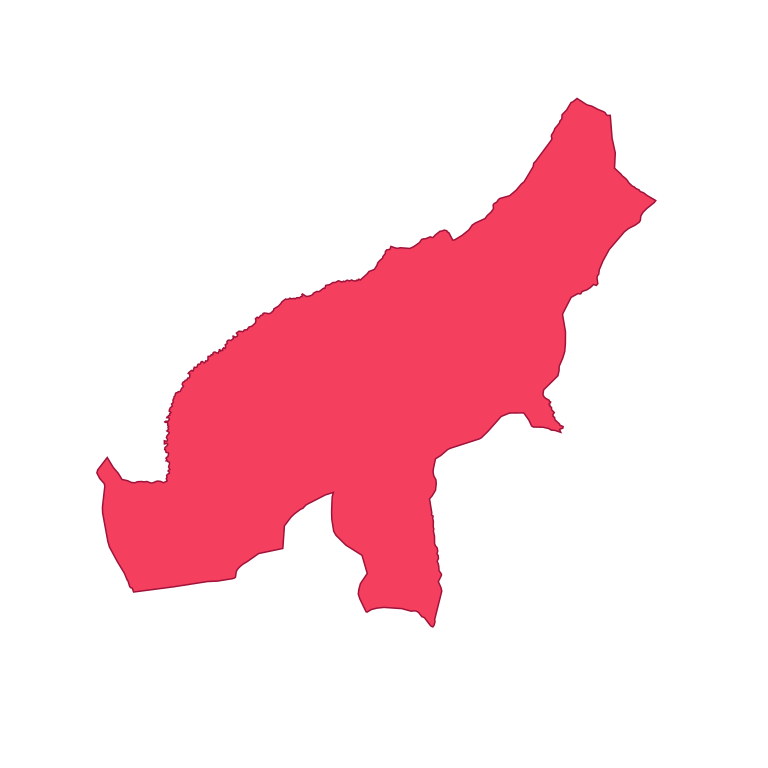 Djolu, Équateur, Democratic Republic of the Congo (Albers equal-area conic projection), rotated 260°
{"feature_id": "63176286B56364191841329", "entity_name": "Djolu", "entity_type": "district", "adm_level": 2, "iso_a3": "COD", "parent_name": "Democratic Republic of the Congo", "parent_adm1": "Équateur", "projection": "albers", "projection_center": [22.514, 0.679], "detail": "fine", "context": "isolated", "style": "filled", "palette": "rose", "viewbox_px": 768, "rotation_deg": 260, "n_neighbors": 0, "source": "geoboundaries", "source_scale": "gbopen_adm2", "svg_char_len": 6155}
<svg xmlns="http://www.w3.org/2000/svg" viewBox="0 0 768 768"><g transform="rotate(260 384 384)"><path d="M305.7,549.7L308.4,549.0L308.9,549.3L309.5,552.5L311.0,553.0L312.9,550.1L314.1,549.9L319.2,546.1L321.5,546.2L322.7,544.9L324.9,545.2L326.3,546.8L328.9,545.0L329.9,544.6L331.9,544.9L333.1,543.6L334.4,543.8L334.7,543.1L335.9,543.2L336.7,544.7L337.3,545.0L338.3,543.9L339.3,543.8L342.0,540.5L343.8,539.3L345.9,538.7L350.5,540.2L361.9,556.7L366.7,558.7L371.0,559.6L378.3,564.4L384.5,567.6L392.4,569.7L403.9,571.8L421.1,571.9L422.4,572.4L436.8,583.3L439.4,590.8L438.6,592.7L438.8,593.6L440.7,595.1L441.5,600.3L443.2,604.1L445.6,607.6L444.2,610.3L445.7,612.0L451.5,612.2L453.4,612.9L454.8,614.5L459.2,615.9L467.3,621.1L477.4,629.2L492.1,647.1L494.7,651.9L497.0,659.4L499.1,663.6L500.7,664.9L504.9,666.1L508.1,668.9L511.1,673.1L515.8,681.7L517.5,683.5L523.9,675.9L527.2,672.9L529.0,669.8L531.0,668.8L532.8,666.0L534.5,664.8L535.9,662.8L540.0,659.8L541.9,659.2L544.7,657.4L548.0,654.5L549.1,654.1L556.5,648.5L571.4,651.9L586.3,651.3L609.3,653.5L609.7,650.7L610.5,649.8L612.9,648.8L614.0,647.6L617.5,642.1L621.5,637.0L623.7,632.3L631.7,623.7L629.1,619.0L628.7,617.1L622.0,611.3L618.3,606.1L614.2,605.2L612.4,602.9L610.6,602.1L605.8,596.5L603.6,595.3L600.2,592.3L599.0,591.8L596.5,592.0L595.0,591.0L576.9,571.9L575.5,569.8L572.1,568.6L558.9,557.2L557.1,554.0L551.9,547.8L547.6,540.4L546.6,530.2L545.5,528.4L543.5,526.6L542.7,524.0L541.8,522.9L541.1,522.5L538.1,522.3L536.9,521.6L534.6,519.1L531.9,514.8L529.4,512.3L526.8,502.2L525.2,498.5L521.0,494.3L516.8,486.7L513.7,478.7L513.7,476.7L521.6,474.2L522.8,472.9L524.2,472.3L525.1,469.9L524.6,467.5L524.7,465.6L521.6,460.0L520.0,458.1L519.8,457.2L520.9,455.1L519.8,450.0L520.1,447.7L519.8,446.1L517.1,443.5L514.2,437.3L513.0,433.0L515.4,423.6L515.2,421.7L515.7,419.4L518.3,414.7L515.6,413.2L515.6,409.9L514.3,408.4L512.2,407.9L509.8,405.1L508.2,404.5L506.3,401.2L504.4,398.9L502.0,397.6L498.5,394.4L497.4,388.7L495.3,386.4L490.5,378.6L491.6,377.5L491.5,376.9L490.5,376.2L491.0,375.0L490.3,374.3L491.0,371.7L492.1,370.1L491.4,368.0L492.5,366.2L492.5,365.0L491.5,363.3L492.3,362.1L491.6,360.6L493.6,357.0L492.5,354.0L492.8,351.3L491.3,347.7L491.2,343.7L488.5,342.4L488.8,341.0L486.3,336.3L486.8,333.7L485.6,330.1L485.0,330.0L483.9,328.0L483.5,324.5L483.8,322.6L486.8,319.4L486.5,318.7L485.0,318.8L484.3,318.2L484.5,317.4L483.4,315.3L484.0,314.4L484.1,312.9L483.3,311.4L484.0,310.2L483.9,307.7L484.9,306.3L484.3,305.3L484.2,303.1L484.8,301.9L482.7,297.8L481.0,296.2L479.1,293.7L477.1,288.6L475.7,288.1L473.6,285.0L473.2,283.1L474.7,278.5L474.5,277.1L473.2,276.6L472.9,274.6L470.8,271.8L471.8,270.7L470.6,268.7L468.9,268.9L466.5,268.0L463.8,263.8L463.6,260.9L461.2,258.5L461.5,255.8L460.2,254.6L460.2,253.6L461.2,250.4L459.8,247.5L457.6,248.4L456.6,247.9L455.9,245.5L457.2,244.3L457.3,243.6L455.1,243.6L453.4,241.0L454.2,239.0L454.0,237.7L453.1,236.7L451.6,236.6L450.8,236.1L450.3,234.5L447.5,234.4L446.5,233.6L447.5,232.5L446.7,231.3L445.1,230.9L445.4,229.8L444.8,228.7L446.4,228.3L446.4,227.8L445.0,227.3L443.1,225.8L444.8,223.1L444.9,222.0L444.1,220.9L442.6,220.4L442.8,218.9L441.6,217.8L441.7,215.5L438.7,214.9L437.5,214.2L437.3,213.4L437.8,212.4L436.2,211.3L436.0,210.4L437.7,209.0L437.7,207.9L435.6,206.4L435.4,205.4L435.8,204.5L435.4,204.0L433.1,202.7L433.0,201.7L433.5,200.1L430.0,198.2L430.8,196.7L429.2,193.8L428.4,193.0L427.4,194.5L424.3,193.7L423.7,192.8L423.9,191.7L422.2,190.5L422.1,188.8L420.9,187.9L420.9,186.7L419.9,185.7L418.6,185.2L416.4,186.1L414.8,183.9L412.2,182.1L411.9,181.2L412.2,180.0L411.3,179.0L411.5,177.8L410.6,176.8L408.7,176.3L408.1,175.1L406.3,174.7L405.9,174.0L404.6,173.3L402.5,173.3L401.2,171.3L398.9,171.7L397.8,169.5L395.6,168.0L394.3,167.8L393.6,169.1L392.8,169.3L392.0,167.8L390.5,167.7L390.4,166.3L389.4,165.8L389.2,164.6L388.5,164.2L388.2,165.8L387.7,166.4L386.3,166.5L384.7,164.4L385.3,162.7L384.7,161.5L384.2,161.9L383.9,163.5L383.1,164.3L380.7,163.8L379.6,164.6L378.8,163.7L376.8,164.0L375.5,162.0L373.7,164.0L372.7,163.8L370.9,161.5L369.1,160.4L367.3,161.1L366.1,160.9L365.2,160.0L366.3,157.8L363.1,157.3L363.2,159.7L362.5,160.5L361.9,160.5L361.1,160.0L359.5,157.3L357.5,156.6L357.0,157.4L354.5,157.5L353.7,159.6L352.5,159.7L350.0,158.5L349.5,157.1L348.8,156.4L347.2,157.0L346.2,156.1L345.9,157.4L345.2,157.5L344.3,158.9L342.8,159.0L339.7,157.4L337.0,158.3L336.3,156.5L335.6,156.3L334.5,157.3L333.4,157.1L332.5,154.8L331.4,154.0L329.6,154.1L328.5,153.1L326.2,153.7L325.1,149.7L327.0,146.8L327.8,143.7L326.8,139.0L326.9,137.4L329.2,133.5L329.2,130.9L330.1,128.3L330.6,124.2L330.0,121.6L330.9,118.1L333.3,114.7L335.5,109.4L342.2,106.8L349.0,102.8L359.7,98.7L349.1,87.1L346.3,85.8L340.4,87.6L334.5,91.2L331.8,91.3L311.5,85.3L305.9,84.5L276.9,84.7L271.2,85.3L255.8,90.4L242.6,95.5L235.3,97.1L234.8,97.6L228.7,98.4L227.5,99.0L226.7,100.6L222.6,101.3L220.8,141.7L220.1,175.9L218.8,186.0L218.6,201.3L219.0,203.4L219.8,204.3L224.6,205.8L226.7,207.3L228.7,209.8L230.7,213.0L232.9,218.6L238.8,231.1L239.6,255.8L261.6,261.3L269.1,269.4L271.7,273.3L275.1,280.0L275.6,282.4L278.3,286.0L279.0,287.7L285.0,307.2L286.0,315.3L281.7,313.3L267.2,310.2L259.7,309.1L247.7,308.9L243.2,310.5L231.9,318.5L219.1,332.6L200.3,334.6L191.5,326.1L185.7,323.4L181.6,322.2L176.5,322.9L162.8,326.8L162.3,327.8L164.1,332.4L164.5,338.2L164.0,345.2L159.7,362.5L155.6,371.2L155.2,375.2L154.6,376.5L153.1,378.3L148.4,380.8L146.9,383.2L138.4,387.6L137.1,388.6L136.3,389.9L137.6,391.3L140.8,392.9L143.5,393.1L169.9,404.9L173.3,404.8L179.9,403.2L185.7,407.4L186.9,407.5L190.6,405.8L195.1,406.3L197.7,406.2L199.8,405.6L200.8,405.9L202.6,407.3L205.8,407.6L206.9,406.8L208.0,406.8L210.1,407.9L213.4,407.9L215.7,406.6L218.0,406.1L225.3,407.3L230.6,407.1L232.6,407.9L234.8,407.7L240.3,408.8L242.9,408.6L245.4,409.4L246.8,408.1L248.9,408.7L263.0,408.9L265.6,412.1L270.5,416.3L277.0,418.2L280.7,418.5L284.7,417.1L288.6,417.0L291.9,417.9L301.4,421.7L303.8,427.7L308.4,435.3L309.2,438.2L313.4,468.5L314.2,470.7L319.2,478.0L331.7,493.8L333.6,502.6L331.3,516.6L323.3,520.4L317.0,522.1L315.7,523.6L313.8,533.1L311.4,538.7L309.6,540.6L308.6,544.3L305.7,549.7Z" fill="#f43f5e" stroke="#9f1239" stroke-width="1.5"/></g></svg>